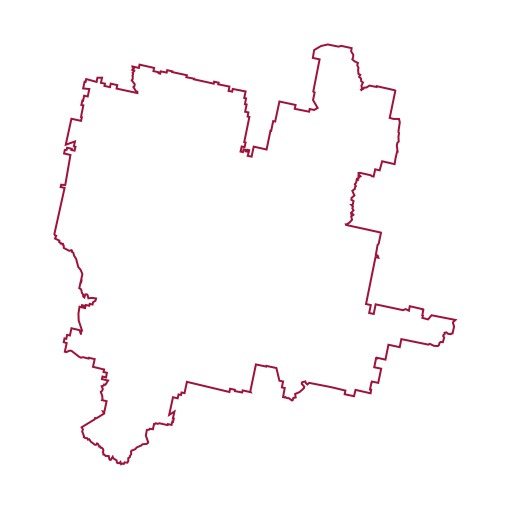 the district of Gunnedah, New South Wales, Australia, rotated 183°
{"feature_id": "25037944B84147386402076", "entity_name": "Gunnedah", "entity_type": "district", "adm_level": 2, "iso_a3": "AUS", "parent_name": "Australia", "parent_adm1": "New South Wales", "projection": "robinson", "projection_center": [150.062, -31.024], "detail": "fine", "context": "isolated", "style": "outline", "palette": "rose", "viewbox_px": 512, "rotation_deg": 183, "n_neighbors": 0, "source": "geoboundaries", "source_scale": "gbopen_adm2", "svg_char_len": 6042}
<svg xmlns="http://www.w3.org/2000/svg" viewBox="0 0 512 512"><g transform="rotate(183 256 256)"><path d="M64.8,186.6L63.6,187.8L63.7,189.2L62.0,189.7L60.0,188.3L57.5,188.1L57.0,188.8L55.7,188.9L54.5,195.9L55.8,199.5L55.7,200.3L53.5,202.6L77.6,206.0L80.8,201.7L86.6,202.9L86.2,205.2L86.8,205.5L86.1,211.0L86.8,211.1L86.7,211.6L99.8,213.9L100.4,209.4L103.8,210.8L106.3,209.6L134.0,214.0L135.4,204.3L140.0,205.0L138.8,213.0L143.6,213.8L136.6,261.1L133.7,260.7L134.6,262.9L136.4,263.2L135.2,273.3L134.1,274.8L132.4,285.9L167.6,291.7L167.9,292.3L166.8,292.5L164.3,294.4L162.0,297.2L163.0,300.6L160.9,302.2L161.9,303.2L162.9,302.7L163.4,303.9L161.0,306.8L162.3,308.6L161.8,310.4L163.4,312.0L162.1,312.1L161.5,316.0L163.7,317.1L163.6,319.1L160.9,321.6L163.2,326.1L160.8,328.2L160.8,329.8L159.9,331.0L161.1,332.8L159.8,334.5L159.5,337.2L158.4,337.3L159.0,338.5L157.7,338.8L157.8,340.8L157.1,340.2L155.8,341.1L157.6,342.7L157.9,344.3L156.5,344.5L145.4,342.6L144.6,341.8L142.7,341.5L141.5,348.8L137.0,348.0L135.0,357.2L122.4,355.0L121.8,360.7L120.5,368.0L120.1,367.9L121.2,373.8L120.7,376.5L119.5,377.7L120.0,382.6L119.6,386.3L120.2,387.0L120.2,388.8L119.4,396.9L120.3,400.3L125.9,400.1L129.7,400.9L125.5,428.3L126.2,428.8L144.3,431.9L144.4,431.1L151.7,432.1L154.3,430.1L156.9,429.8L157.6,428.5L159.1,428.0L159.4,427.3L159.8,427.6L158.8,428.6L159.6,431.5L158.3,434.9L160.1,436.1L160.5,438.8L162.4,440.3L161.4,442.4L163.2,443.2L163.8,447.4L163.5,449.2L164.9,451.9L164.3,454.1L167.8,455.6L170.1,457.4L169.4,459.6L169.4,462.1L171.7,465.3L171.4,468.6L181.8,470.3L184.6,469.4L195.4,471.0L202.1,469.1L208.7,464.7L209.6,456.8L202.8,455.7L207.4,423.2L206.0,422.4L207.2,414.7L202.2,407.1L205.5,404.9L210.1,405.6L210.5,402.9L225.0,405.0L224.4,408.9L240.7,411.5L243.9,391.3L245.9,391.6L247.4,381.8L248.1,381.9L251.0,362.9L264.0,365.1L265.6,355.0L269.5,355.6L268.3,361.3L270.0,361.6L270.3,359.8L271.9,360.0L271.7,361.4L274.0,361.8L274.5,359.1L276.9,359.5L276.0,364.6L273.1,364.1L272.3,368.8L273.7,369.1L269.9,394.5L271.7,394.8L271.1,399.0L274.4,399.5L273.3,406.8L275.0,407.0L274.2,412.9L276.0,413.2L275.0,419.8L288.0,421.6L288.4,418.9L292.0,419.4L291.4,423.8L302.7,425.5L302.4,427.1L306.9,427.9L307.2,425.9L327.2,429.2L327.1,429.8L334.9,430.9L334.5,432.9L349.3,435.3L349.2,436.0L354.4,436.9L354.8,434.5L360.8,435.4L361.2,433.1L362.7,433.4L362.5,434.3L368.1,435.3L367.6,438.5L382.3,441.0L382.8,437.7L389.3,438.8L389.0,437.6L388.2,437.6L387.7,436.6L389.2,435.3L387.3,434.4L388.8,432.5L388.2,431.3L388.8,429.5L388.4,428.8L388.5,426.0L389.3,425.0L386.1,421.2L386.3,419.3L387.3,418.3L384.4,414.2L383.1,413.9L383.0,412.5L404.0,415.9L403.5,419.4L410.1,420.5L410.6,417.0L416.2,417.9L415.8,420.2L419.9,420.8L419.1,426.0L423.7,425.7L424.3,421.5L434.8,423.8L435.3,420.9L436.3,421.1L437.4,414.3L431.2,414.0L432.4,406.5L436.0,407.1L436.8,402.0L437.5,402.2L438.3,397.7L436.3,397.4L437.8,387.4L437.9,385.5L437.2,385.4L437.8,381.8L447.5,383.4L451.8,357.2L442.8,360.9L443.6,355.9L442.0,355.6L442.7,351.7L445.8,352.2L445.6,353.4L450.3,354.2L450.6,352.2L452.5,351.8L453.0,348.3L446.6,347.2L450.2,316.9L454.3,317.0L454.7,314.6L450.7,314.0L458.5,267.3L457.5,265.9L456.6,265.7L457.6,262.9L453.2,261.1L453.3,259.7L451.7,258.8L451.7,258.2L449.5,258.0L449.6,257.1L448.6,256.5L448.4,254.0L442.8,251.4L440.5,252.2L440.0,251.6L440.2,250.6L438.6,249.7L437.7,246.8L435.5,243.8L432.9,235.7L430.5,233.1L428.8,229.7L428.5,228.5L429.5,222.1L429.0,222.2L429.3,220.5L429.8,220.6L430.8,214.6L428.9,213.5L427.8,209.8L426.7,208.5L426.3,206.3L425.2,205.6L424.5,208.7L422.8,208.8L422.0,207.9L421.2,205.0L417.2,205.6L413.5,205.2L414.0,202.9L416.3,201.3L416.7,199.0L419.6,199.5L419.9,197.6L423.5,198.2L424.0,195.0L425.7,195.4L425.4,197.4L427.2,197.8L427.6,195.7L429.6,196.1L430.3,189.3L429.7,182.3L425.8,172.3L426.7,171.7L426.6,168.4L428.3,172.7L436.5,174.2L437.7,166.9L440.5,167.3L441.1,163.4L442.9,163.7L443.5,159.9L440.5,159.1L441.9,150.4L440.2,150.1L437.7,151.6L435.4,151.7L427.5,146.2L425.5,145.3L423.5,145.9L417.9,144.8L417.7,145.6L411.7,144.6L413.0,136.8L401.7,134.7L402.2,132.2L398.8,131.6L399.4,126.9L403.0,127.6L403.4,125.0L397.2,123.9L399.6,119.6L401.0,119.7L401.3,118.6L403.3,117.9L402.0,115.1L402.6,113.4L403.9,112.2L402.2,108.2L401.8,104.9L402.2,104.0L397.6,103.2L399.3,92.5L400.7,92.7L399.4,90.7L406.8,85.6L408.2,85.8L408.5,84.5L421.2,75.8L419.8,73.8L420.4,71.7L418.3,67.0L418.5,66.1L416.8,65.2L415.0,65.2L414.2,63.8L413.0,64.3L411.3,62.0L406.9,59.0L405.7,59.2L405.0,60.5L404.0,60.1L402.6,57.5L401.9,57.7L401.2,56.4L400.1,56.6L398.7,55.3L398.2,53.7L398.7,52.1L398.1,51.3L398.1,49.8L397.0,49.6L395.8,48.5L392.6,48.5L391.9,45.7L391.2,44.8L390.4,44.8L388.6,48.0L387.9,46.5L384.5,44.6L384.1,42.4L383.5,42.1L381.9,41.8L380.6,43.2L379.8,41.0L378.2,41.8L377.1,41.5L376.4,43.0L373.6,42.9L372.8,44.7L373.0,47.4L371.4,48.6L371.5,49.6L370.2,51.7L370.6,54.1L370.2,55.1L366.7,56.6L364.9,58.7L360.8,60.7L359.6,62.0L355.5,62.6L354.1,63.7L353.9,64.4L356.6,70.8L355.9,76.5L353.6,77.0L353.1,77.9L349.9,77.6L349.0,82.9L348.1,83.0L347.5,83.7L345.3,83.3L343.6,83.9L335.4,82.5L335.2,83.5L331.5,82.9L330.9,86.2L330.2,86.0L329.6,89.3L330.5,89.4L329.3,96.4L334.4,92.8L331.5,110.6L326.8,109.8L326.1,113.7L323.6,113.3L323.2,115.8L320.2,115.3L318.4,126.7L275.4,118.8L274.9,122.1L270.1,121.3L270.0,120.0L262.7,119.0L262.3,121.1L254.1,119.7L254.6,120.6L250.4,147.7L240.0,146.1L239.9,146.8L229.8,145.2L226.1,132.7L222.4,132.1L223.3,126.1L220.4,125.7L221.6,116.5L219.8,116.2L219.5,116.7L217.5,115.7L215.9,115.8L212.5,113.6L211.8,114.0L211.3,116.2L209.0,116.8L209.7,120.3L205.5,122.3L201.3,126.4L201.0,128.1L203.6,130.7L203.6,131.7L203.2,132.4L200.2,133.3L199.4,131.6L198.0,130.4L196.3,132.1L174.3,129.0L159.7,126.3L160.2,122.6L150.8,121.1L149.6,127.5L134.4,124.9L134.0,128.5L135.2,128.6L134.1,135.6L133.8,135.6L133.6,136.7L127.3,135.7L125.1,150.0L132.1,151.1L130.7,160.3L129.8,160.1L129.8,160.7L121.3,159.3L119.1,174.3L107.7,172.5L106.5,180.6L79.2,176.5L77.9,177.4L73.6,175.6L69.7,175.6L68.6,176.7L68.2,178.8L67.1,179.8L64.9,179.7L63.8,184.4L64.9,185.8L64.8,186.6Z" fill="none" stroke="#9f1239" stroke-width="2"/></g></svg>